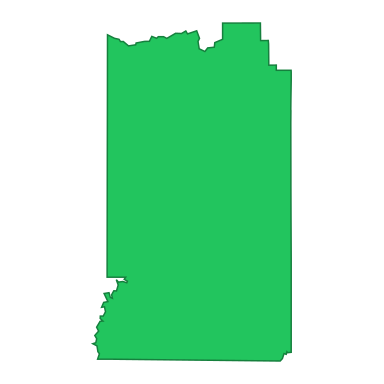 Uintah, Utah, United States of America
{"feature_id": "52423323B93932790335790", "entity_name": "Uintah", "entity_type": "district", "adm_level": 2, "iso_a3": "USA", "parent_name": "United States of America", "parent_adm1": "Utah", "projection": "robinson", "projection_center": [-109.611, 40.16], "detail": "fine", "context": "isolated", "style": "filled", "palette": "green", "viewbox_px": 384, "rotation_deg": 0, "n_neighbors": 0, "source": "geoboundaries", "source_scale": "gbopen_adm2", "svg_char_len": 1234}
<svg xmlns="http://www.w3.org/2000/svg" viewBox="0 0 384 384"><path d="M290.9,176.4L290.8,122.9L290.9,110.7L290.8,109.5L290.9,99.9L291.2,80.7L291.2,72.4L291.1,70.3L276.3,70.3L276.3,65.1L268.8,65.2L268.6,44.0L268.3,40.5L260.6,40.6L260.4,23.0L222.6,23.1L222.6,39.3L214.8,42.6L214.3,47.2L207.7,47.9L204.9,51.5L199.2,48.8L198.0,41.4L199.5,38.4L196.7,30.8L187.5,33.9L185.8,31.0L181.5,33.5L175.6,33.3L166.8,38.4L163.6,36.7L158.3,36.7L156.6,38.3L151.8,36.4L149.4,41.3L144.5,41.4L136.1,43.0L135.7,44.8L128.5,45.9L123.3,41.5L120.5,41.6L119.0,39.3L114.5,38.3L107.5,34.8L107.4,109.8L107.3,154.7L107.1,277.2L125.7,277.2L124.2,279.3L127.4,281.2L126.8,282.8L122.9,281.5L118.5,282.1L116.3,279.7L118.2,285.0L116.5,290.9L113.8,290.8L111.6,294.8L112.4,298.3L110.3,297.4L109.0,292.7L104.1,293.5L107.9,301.6L103.7,302.4L101.6,307.3L104.5,306.8L105.5,311.8L103.2,316.1L100.3,316.1L100.2,318.5L102.9,321.1L100.1,321.3L96.6,327.2L98.6,331.1L94.8,335.5L96.7,338.7L95.8,342.7L92.8,343.7L97.0,345.9L97.9,351.7L99.4,353.8L97.6,359.2L111.6,359.2L280.2,361.0L282.4,358.6L284.0,353.6L286.2,354.3L286.9,351.8L287.6,352.7L291.2,352.3L291.2,312.7L291.2,260.5L291.0,215.9L291.0,215.7L290.9,186.5L290.9,176.4Z" fill="#22c55e" stroke="#15803d" stroke-width="1.5"/></svg>